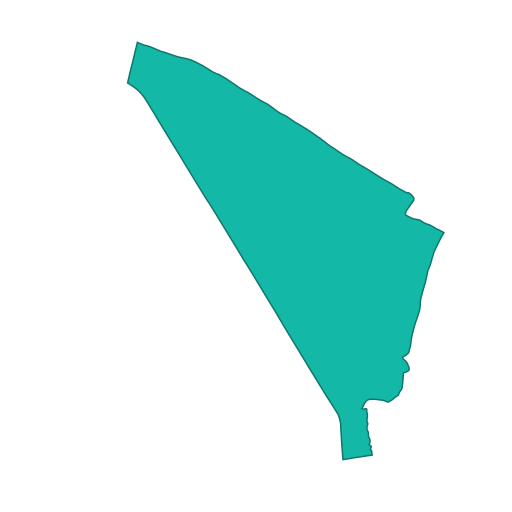 outline of Vadhana, Bangkok Metropolis, Thailand, rotated 19°
{"feature_id": "78962969B23901249409330", "entity_name": "Vadhana", "entity_type": "district", "adm_level": 2, "iso_a3": "THA", "parent_name": "Thailand", "parent_adm1": "Bangkok Metropolis", "projection": "natural_earth1", "projection_center": [100.591, 13.727], "detail": "fine", "context": "isolated", "style": "filled", "palette": "teal", "viewbox_px": 512, "rotation_deg": 19, "n_neighbors": 0, "source": "geoboundaries", "source_scale": "gbopen_adm2", "svg_char_len": 5658}
<svg xmlns="http://www.w3.org/2000/svg" viewBox="0 0 512 512"><g transform="rotate(19 256 256)"><path d="M160.0,96.6L157.6,96.3L155.4,96.1L143.6,93.4L140.1,92.9L137.3,92.5L136.2,92.3L130.8,91.8L130.1,91.8L127.9,91.9L126.2,92.1L125.6,92.1L124.9,92.1L124.0,92.3L122.3,92.6L121.1,92.7L119.4,92.9L118.0,93.0L117.6,93.1L111.6,93.2L102.7,93.2L101.9,93.2L101.0,93.4L100.8,93.4L100.2,93.5L93.7,93.0L90.6,92.8L89.0,92.7L88.1,92.7L86.0,92.7L85.0,92.6L83.7,92.7L82.8,92.9L81.7,93.1L75.0,92.7L74.3,92.6L74.7,96.6L75.1,101.4L76.3,113.7L76.8,119.8L77.9,131.0L78.3,134.2L83.9,135.5L89.7,137.4L94.4,139.7L98.1,142.0L100.5,143.8L106.5,148.7L108.8,150.7L112.4,153.6L112.9,153.9L115.9,156.6L116.6,157.2L131.6,169.6L139.1,175.8L147.7,182.9L156.5,190.2L167.0,198.9L171.2,202.4L177.0,207.2L186.7,215.2L192.8,220.1L195.4,222.0L204.1,229.1L225.7,247.0L233.7,253.6L245.0,263.1L251.2,268.1L252.6,269.2L260.0,275.3L267.5,281.6L275.3,288.1L285.9,296.9L294.8,304.3L298.6,307.6L302.2,310.6L303.1,311.5L307.1,314.8L313.0,319.8L318.5,324.3L325.1,329.8L331.3,335.0L334.4,337.5L339.9,342.1L342.1,344.0L368.5,365.7L371.7,368.2L380.1,374.9L383.7,377.8L385.7,379.7L386.6,380.8L387.0,381.3L387.5,382.0L387.8,382.4L388.5,383.5L389.7,385.3L391.1,388.3L393.6,394.5L397.1,402.9L400.2,410.3L403.2,417.2L404.5,420.2L406.1,419.4L415.1,414.5L423.0,410.4L425.5,409.1L427.2,408.2L429.4,407.1L430.7,406.4L430.2,405.6L429.3,403.8L428.9,402.8L428.9,402.7L428.7,402.5L428.6,402.4L428.3,402.2L428.2,402.2L427.7,402.1L427.4,402.0L427.3,401.9L427.2,401.9L427.1,401.6L427.1,401.1L427.1,399.4L427.1,399.1L427.0,398.8L426.9,398.6L426.8,398.4L426.7,398.3L426.5,398.2L426.4,398.1L426.0,398.1L425.7,398.0L425.4,398.0L425.2,398.0L425.1,397.9L424.8,397.8L424.6,397.7L424.4,397.4L424.4,397.2L424.4,395.6L424.3,394.6L424.2,394.2L424.0,393.7L423.8,393.2L423.7,392.9L423.5,392.6L423.4,392.4L422.8,391.7L422.6,391.5L422.2,391.1L421.5,390.6L421.4,390.5L421.3,390.3L421.2,390.1L421.0,389.7L420.7,388.8L420.3,388.0L420.1,387.2L419.8,386.5L419.7,386.3L419.2,385.8L418.2,384.6L417.5,384.0L417.2,383.1L416.8,382.1L416.6,381.5L416.5,381.1L416.5,380.6L416.4,379.7L416.4,378.9L416.3,378.4L416.1,378.0L416.0,377.6L415.9,377.5L415.3,376.8L414.6,375.8L414.5,375.5L414.3,375.1L414.1,374.0L414.0,373.9L413.6,371.7L413.1,370.2L412.6,368.8L412.5,368.6L412.2,368.3L411.6,367.5L411.4,367.2L411.3,366.9L411.1,366.6L411.0,365.7L410.8,365.2L410.6,364.8L410.4,364.7L410.2,364.6L409.9,364.5L409.7,364.5L409.4,364.6L409.2,364.7L408.7,365.2L408.4,365.4L408.2,365.5L407.8,365.7L407.6,365.7L407.3,365.8L407.1,365.8L406.8,365.8L405.9,365.7L406.0,365.6L406.0,365.4L406.0,365.0L406.6,360.1L407.1,358.1L408.0,356.3L408.5,355.7L409.2,355.1L409.7,354.8L410.2,354.5L412.3,353.7L414.6,352.9L417.5,352.2L421.6,351.4L423.5,351.1L424.1,351.0L424.7,351.0L425.4,351.1L426.3,351.2L427.0,351.2L427.8,351.2L428.1,351.1L428.3,351.1L428.7,350.9L428.8,350.8L428.9,350.7L429.1,350.6L429.3,350.3L430.4,349.1L431.6,347.5L433.5,344.4L434.8,342.6L435.8,341.3L435.8,341.1L436.1,337.8L436.1,337.7L436.7,335.7L436.9,335.2L437.0,334.3L437.1,333.5L436.9,332.4L436.5,330.6L435.1,324.4L435.0,324.2L434.4,321.8L433.5,318.8L433.5,318.7L433.6,318.3L433.7,318.2L435.6,316.9L437.0,315.6L437.4,315.0L437.6,314.5L437.7,314.3L437.7,314.0L437.7,313.6L437.6,313.1L437.5,312.7L437.3,312.2L437.2,312.1L436.8,311.4L436.2,310.7L434.2,308.5L434.1,308.3L433.3,307.7L432.8,307.3L431.7,306.6L429.5,305.8L428.5,305.3L428.4,305.2L428.2,305.1L428.0,304.9L427.9,304.7L427.7,304.3L427.7,304.1L427.8,303.8L427.9,303.6L428.1,303.3L429.0,302.3L429.9,301.2L431.1,299.2L431.5,298.5L431.8,297.5L431.7,296.3L431.3,290.9L431.3,290.5L429.9,284.2L429.2,278.6L429.1,277.4L428.7,272.4L428.5,267.4L428.5,262.7L428.5,257.6L428.3,254.2L428.2,253.0L427.6,250.3L426.1,244.9L425.6,241.9L425.1,234.2L425.0,232.7L424.7,226.1L423.9,218.6L423.3,214.3L423.7,208.4L423.5,203.6L423.3,201.5L423.1,196.3L423.0,193.9L423.7,188.2L424.5,181.6L425.2,177.0L426.0,173.4L426.1,172.7L420.8,171.8L418.0,171.6L417.7,171.6L413.8,170.7L411.6,170.3L409.9,170.1L407.5,170.2L405.3,170.1L403.3,169.8L402.0,169.4L400.2,169.0L398.5,168.7L398.0,168.8L396.7,169.0L395.1,169.2L393.0,169.6L392.9,169.7L392.5,169.7L391.8,169.6L387.6,169.1L386.8,169.0L386.0,168.9L385.6,168.8L384.8,168.6L384.5,168.5L384.1,168.3L383.9,168.2L383.6,167.9L383.5,167.7L383.5,167.4L383.4,166.7L383.4,165.5L383.4,164.7L383.7,163.2L384.4,160.9L384.6,160.1L385.1,158.5L386.1,155.1L386.5,153.9L386.8,152.9L386.8,152.5L386.9,152.1L386.9,151.5L386.8,151.1L386.6,150.4L386.3,149.8L385.6,149.2L385.0,148.8L383.6,147.9L382.1,147.1L379.7,146.5L379.2,146.8L378.9,147.0L378.6,147.0L376.7,147.0L370.2,145.9L365.6,144.8L361.7,143.8L354.7,142.5L352.1,142.1L345.4,140.6L341.6,139.7L336.1,138.4L331.8,137.4L330.1,137.1L324.9,136.1L322.2,135.4L321.4,135.2L321.1,135.1L320.9,135.1L320.3,135.0L319.7,134.8L316.0,133.7L312.7,133.0L309.4,132.6L307.2,132.2L305.3,131.8L304.2,131.5L301.5,130.8L299.6,130.3L295.2,129.1L293.2,128.6L291.3,128.1L290.6,127.9L288.1,127.2L285.4,126.3L282.8,125.3L281.0,124.8L280.7,124.7L279.8,124.4L279.4,124.2L277.5,123.6L275.7,123.2L271.7,122.0L268.8,121.2L264.2,120.0L263.2,119.7L258.1,118.6L254.5,117.8L249.3,116.8L247.6,116.3L244.9,115.6L240.8,114.4L240.1,114.2L236.7,113.6L234.2,113.4L232.0,113.0L228.7,112.3L226.2,111.4L224.1,110.7L222.3,110.1L220.4,109.6L219.8,109.3L217.5,108.7L216.1,108.5L215.9,108.5L209.5,107.4L207.4,106.9L206.5,106.7L206.2,106.7L205.7,106.6L196.6,104.3L195.2,104.0L194.9,103.9L194.5,103.8L194.2,104.0L193.7,104.0L192.4,103.7L190.9,103.4L188.5,102.9L186.0,102.5L178.7,100.4L173.7,99.1L173.0,98.9L169.2,97.9L168.0,97.6L167.6,97.6L166.1,97.3L163.4,96.8L162.3,96.5L161.4,96.4L160.0,96.6Z" fill="#14b8a6" stroke="#0f766e" stroke-width="1.5"/></g></svg>